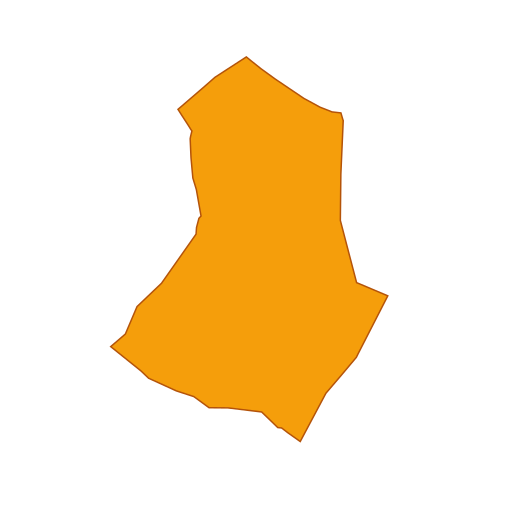 outline of San Mateo Nejápam, Guerrero, Mexico, rotated 221°
{"feature_id": "50627088B80883167871342", "entity_name": "San Mateo Nejápam", "entity_type": "district", "adm_level": 2, "iso_a3": "MEX", "parent_name": "Mexico", "parent_adm1": "Guerrero", "projection": "robinson", "projection_center": [-98.41, 17.646], "detail": "fine", "context": "isolated", "style": "filled", "palette": "amber", "viewbox_px": 512, "rotation_deg": 221, "n_neighbors": 0, "source": "geoboundaries", "source_scale": "gbopen_adm2", "svg_char_len": 924}
<svg xmlns="http://www.w3.org/2000/svg" viewBox="0 0 512 512"><g transform="rotate(221 256 256)"><path d="M130.4,312.4L162.6,301.9L197.6,325.8L215.7,338.2L245.7,373.5L279.0,415.4L279.7,415.8L279.9,415.9L285.8,419.7L293.2,414.6L295.3,413.9L295.6,413.8L305.4,410.3L320.9,406.9L323.0,406.4L356.4,402.3L356.7,402.3L357.2,402.2L375.1,400.6L387.2,400.1L393.9,399.9L404.2,364.0L406.3,348.5L411.1,315.5L404.7,313.6L393.2,310.3L392.9,310.2L389.3,309.1L388.7,308.9L386.4,308.3L383.8,303.3L382.6,301.3L369.5,287.5L354.8,273.4L354.6,273.3L344.6,267.0L323.7,250.1L323.8,247.0L319.6,238.5L315.6,233.2L313.7,215.0L309.5,174.1L309.4,173.8L309.4,173.7L312.6,139.8L303.4,111.4L306.2,92.3L267.2,93.8L256.8,93.3L227.7,101.9L210.7,109.1L191.9,110.7L177.5,123.0L149.4,142.0L127.0,140.8L123.9,143.0L115.8,143.5L100.9,145.0L113.2,198.3L113.4,222.8L113.8,245.4L114.9,249.6L130.4,312.4Z" fill="#f59e0b" stroke="#b45309" stroke-width="1.5"/></g></svg>